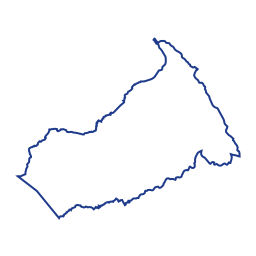 the district of Loreto, Loreto, Peru, rotated 269°
{"feature_id": "86281439B27227740990867", "entity_name": "Loreto", "entity_type": "district", "adm_level": 2, "iso_a3": "PER", "parent_name": "Peru", "parent_adm1": "Loreto", "projection": "albers", "projection_center": [-75.325, -3.761], "detail": "fine", "context": "isolated", "style": "outline", "palette": "blue", "viewbox_px": 256, "rotation_deg": 269, "n_neighbors": 0, "source": "geoboundaries", "source_scale": "gbopen_adm2", "svg_char_len": 5759}
<svg xmlns="http://www.w3.org/2000/svg" viewBox="0 0 256 256"><g transform="rotate(269 128 128)"><path d="M97.6,239.1L101.0,239.0L102.3,238.7L103.1,238.1L103.3,237.4L104.0,236.9L106.7,237.3L108.4,236.7L111.0,234.8L113.1,233.7L113.9,232.8L114.6,232.8L115.4,233.2L118.0,230.4L119.3,228.5L121.9,226.2L122.5,226.0L124.5,226.1L126.1,227.0L127.8,227.4L129.6,225.5L131.1,224.6L133.8,224.1L135.2,223.6L145.9,218.0L146.5,217.2L147.2,215.2L148.5,213.7L149.6,212.9L156.1,210.2L158.3,209.7L162.1,206.7L163.6,206.6L165.7,205.6L167.2,205.9L168.0,205.7L168.8,204.7L170.5,204.0L171.8,202.9L172.0,202.3L171.9,200.9L172.1,200.0L174.5,198.9L176.8,196.3L178.1,195.6L179.5,195.0L181.8,195.7L183.2,196.5L184.3,196.9L184.9,198.1L185.6,198.7L185.9,198.6L186.3,197.7L187.5,196.4L187.9,195.5L187.5,195.0L187.4,194.0L188.9,191.4L190.3,191.1L191.2,189.7L192.5,189.2L193.6,187.5L195.1,186.6L196.4,185.3L196.9,184.2L198.1,183.1L200.0,183.1L201.4,182.4L202.2,181.5L203.3,179.9L204.0,178.4L205.4,176.5L208.4,174.6L209.4,172.8L210.6,171.6L211.9,170.9L212.2,170.0L212.5,167.7L214.0,166.6L214.5,165.6L214.3,164.8L214.5,162.4L214.2,161.7L212.9,159.9L213.0,159.4L214.3,158.0L216.8,156.3L216.9,156.0L215.7,155.1L215.2,155.7L213.6,156.8L211.9,157.7L211.6,158.9L211.0,159.8L207.6,160.7L206.5,161.9L204.8,163.2L199.2,166.4L198.3,166.8L195.1,167.0L192.7,166.8L191.3,166.4L190.5,165.8L188.5,163.5L186.7,163.3L185.8,162.9L185.4,162.4L185.0,159.9L178.6,155.5L177.1,153.5L176.2,151.5L174.3,145.0L174.3,141.5L173.7,141.2L173.5,139.7L173.1,139.3L172.1,136.9L171.3,135.9L171.5,135.4L171.0,134.7L170.6,134.5L170.0,133.6L169.3,133.1L168.6,132.9L168.5,132.7L167.4,132.9L166.3,132.1L164.9,130.2L164.3,128.8L162.4,128.0L161.5,126.0L161.1,125.5L160.6,125.3L159.3,125.5L158.9,125.3L158.7,125.6L158.0,125.4L157.7,125.0L156.1,124.9L155.6,124.3L155.4,123.7L154.2,124.6L153.6,124.4L150.7,120.8L143.7,113.8L143.3,112.9L143.4,111.7L143.7,111.4L143.0,110.5L142.5,110.6L141.8,111.0L141.5,110.9L141.4,110.6L141.8,109.7L141.2,108.4L141.2,107.3L140.6,106.2L140.7,105.8L140.1,105.6L139.7,105.1L139.5,103.9L138.5,103.4L138.0,103.5L137.9,102.9L137.3,102.4L136.8,102.4L136.3,102.1L135.8,101.8L135.8,101.2L135.3,100.8L135.0,100.9L135.3,100.2L135.3,99.6L136.1,98.8L135.7,98.2L134.9,97.8L134.5,97.3L134.3,97.6L133.8,97.6L133.4,97.2L133.5,96.9L132.7,96.4L131.7,96.9L131.0,96.6L130.8,96.7L130.7,96.3L130.0,96.1L129.4,96.1L128.9,96.3L128.0,96.0L127.5,96.1L126.9,95.8L126.2,95.8L126.0,95.2L125.6,94.8L125.6,94.2L125.1,93.6L124.6,92.3L125.0,91.2L124.5,90.6L124.8,89.3L124.1,88.4L123.7,86.6L123.6,84.9L123.1,84.2L122.4,83.9L122.3,82.9L122.7,81.3L123.0,80.6L123.0,79.9L123.4,78.8L124.2,75.4L124.4,73.2L125.1,71.8L124.9,69.2L125.1,67.2L125.6,66.6L126.5,66.3L127.1,65.8L127.3,65.0L128.0,63.2L127.7,62.0L127.9,61.6L127.8,60.7L127.3,60.5L126.8,59.9L126.0,58.1L126.1,57.7L126.7,57.1L127.2,57.0L127.6,57.1L128.2,56.9L128.5,54.4L128.2,52.9L128.2,51.7L127.8,50.3L128.0,49.4L127.6,49.2L126.7,49.3L124.7,48.4L123.4,47.4L122.4,46.3L121.9,46.0L120.9,45.1L119.8,44.9L119.4,45.6L117.9,44.7L116.9,41.8L115.9,40.9L115.8,40.2L116.3,39.6L116.1,39.1L115.2,38.4L114.8,37.9L113.5,37.4L113.0,37.5L112.2,36.3L111.8,36.1L111.6,35.1L111.9,34.2L111.2,33.7L111.4,33.0L110.6,32.1L110.5,31.0L109.4,29.0L108.8,28.7L106.6,28.7L105.4,29.2L103.6,29.4L102.4,30.2L100.9,30.6L100.5,30.5L99.7,29.2L99.4,28.9L98.6,28.7L96.3,28.6L95.4,28.3L93.4,26.5L91.2,26.8L90.5,26.5L88.9,25.5L88.2,25.5L86.1,24.8L83.5,24.6L83.2,23.5L81.7,20.0L81.5,18.8L81.8,17.6L81.7,16.9L66.7,35.7L39.1,57.5L40.3,58.1L40.8,58.6L40.9,60.7L40.7,61.5L40.9,61.6L41.1,62.1L41.4,62.2L41.9,62.1L42.1,62.5L42.7,62.7L43.4,64.1L44.7,65.0L44.6,65.4L45.5,66.1L46.2,67.4L46.5,67.6L47.4,68.0L47.5,69.0L46.9,69.6L47.8,70.1L48.6,70.4L49.8,73.7L51.3,74.2L51.4,74.8L51.9,75.7L51.9,76.7L51.5,77.6L51.4,79.2L50.4,79.6L50.0,80.2L49.9,81.1L49.4,82.0L49.4,82.9L49.6,83.8L50.2,84.4L49.9,85.4L49.4,86.2L49.6,88.4L49.3,90.1L48.3,91.5L47.3,92.3L47.9,93.1L49.6,94.4L49.5,94.7L48.7,95.3L48.7,96.0L49.4,96.4L49.4,96.7L49.1,97.1L48.5,97.3L49.3,98.4L50.2,97.4L50.8,97.4L50.4,98.3L50.2,99.2L50.9,99.6L50.8,100.6L51.6,101.2L51.7,102.3L52.3,102.7L52.7,103.6L53.3,103.9L54.0,105.4L54.2,106.6L53.8,107.6L54.4,107.8L54.5,109.2L54.8,109.7L54.5,111.9L55.2,112.0L55.3,112.5L56.6,114.2L57.6,114.9L56.7,116.3L56.0,116.8L55.1,117.0L54.6,117.4L55.2,118.0L55.3,118.8L55.9,119.1L56.1,120.9L53.5,122.1L52.5,122.8L50.9,123.5L51.0,123.8L51.4,124.2L51.9,124.5L52.7,124.3L52.9,124.4L53.3,125.0L53.4,125.8L53.9,126.3L53.5,127.2L53.5,127.8L53.7,128.1L54.3,127.7L54.8,127.0L55.2,127.1L55.3,129.5L55.7,130.2L57.1,131.5L57.3,132.2L57.5,133.3L57.4,135.0L57.9,135.9L57.8,137.2L59.1,137.8L61.1,139.2L61.5,140.3L61.5,141.7L62.5,143.5L64.2,143.9L64.9,144.3L64.8,145.7L65.0,146.1L65.6,146.6L65.8,148.4L65.3,150.7L65.3,151.7L65.5,152.0L68.1,154.0L68.8,156.1L68.8,157.0L67.6,158.3L67.9,159.8L69.7,161.8L70.3,162.1L70.7,162.5L72.0,162.7L72.8,163.5L75.5,164.8L76.7,165.8L77.0,167.2L76.7,167.9L76.7,168.4L76.1,169.2L76.3,170.7L76.2,172.2L75.4,174.5L76.0,174.8L77.3,175.0L77.6,175.4L78.0,176.9L77.6,178.7L78.1,180.3L78.6,180.7L80.4,181.3L83.9,183.2L84.6,184.3L85.0,186.1L85.0,186.6L84.7,187.0L84.8,187.4L88.2,189.0L88.2,189.6L87.1,191.0L86.9,191.7L87.0,192.8L87.7,193.7L88.2,194.0L89.5,194.1L90.3,194.1L91.6,193.6L92.2,194.3L92.9,194.5L95.6,194.5L98.0,195.2L100.9,196.7L101.7,197.3L102.7,198.4L103.8,200.8L103.9,201.1L102.7,200.8L100.7,200.7L99.2,201.2L98.1,202.2L96.8,204.4L91.1,209.0L90.8,209.8L92.2,211.3L92.5,212.1L92.4,212.6L92.0,213.6L90.4,213.4L90.0,213.6L89.9,214.5L90.5,216.1L89.2,217.8L88.8,218.7L88.9,220.7L90.5,222.9L90.8,223.7L90.7,224.4L89.6,226.0L89.6,226.4L90.1,227.1L91.8,228.2L91.8,228.4L91.3,229.1L91.2,229.7L94.5,230.8L96.4,231.2L97.6,231.2L100.0,230.4L99.2,232.9L98.7,235.7L97.9,237.7L97.6,239.1Z" fill="none" stroke="#1e3a8a" stroke-width="2"/></g></svg>